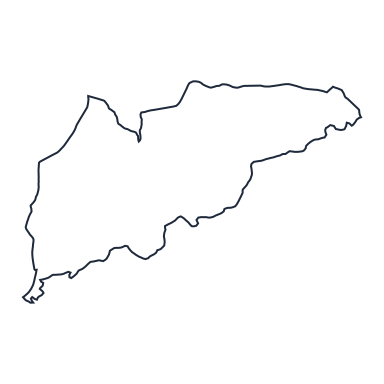 outline of Ugenya, Nyanza, Kenya
{"feature_id": "3690345B43634586140198", "entity_name": "Ugenya", "entity_type": "district", "adm_level": 2, "iso_a3": "KEN", "parent_name": "Kenya", "parent_adm1": "Nyanza", "projection": "mercator", "projection_center": [34.222, 0.217], "detail": "fine", "context": "isolated", "style": "outline", "palette": "slate", "viewbox_px": 384, "rotation_deg": 0, "n_neighbors": 0, "source": "geoboundaries", "source_scale": "gbopen_adm2", "svg_char_len": 5873}
<svg xmlns="http://www.w3.org/2000/svg" viewBox="0 0 384 384"><path d="M156.2,252.6L157.3,250.2L160.0,249.4L160.9,248.9L162.0,247.8L164.2,245.6L164.7,241.9L164.4,239.0L163.9,236.6L164.1,234.4L164.4,232.7L165.5,229.6L165.1,228.3L165.0,226.1L167.8,224.5L170.6,223.2L171.7,222.6L172.7,222.0L175.1,220.5L177.3,218.2L178.1,217.5L179.1,217.0L180.8,216.4L183.6,218.1L186.7,221.0L187.5,221.6L188.3,222.3L189.9,224.3L191.6,226.1L192.8,226.3L193.9,226.3L196.2,225.8L198.1,223.4L196.5,220.0L198.3,217.6L201.3,217.1L204.1,217.2L205.2,217.1L206.4,217.2L208.6,217.6L210.1,217.6L213.3,216.8L215.5,215.6L216.7,215.1L220.0,213.8L221.0,213.3L221.9,212.8L223.7,211.4L224.5,208.9L227.3,207.9L231.0,207.7L232.6,207.3L235.2,206.3L236.9,204.2L238.5,201.3L240.1,198.1L241.3,195.7L242.6,192.9L242.7,189.7L244.3,187.8L246.0,186.0L247.0,184.6L248.2,182.2L249.7,180.3L250.4,179.1L251.7,175.3L252.0,173.8L251.9,172.2L251.5,168.8L251.3,167.7L251.0,166.6L251.4,164.1L253.7,161.9L257.2,161.3L261.1,160.8L262.6,160.4L264.0,159.9L266.4,159.0L268.7,158.5L270.4,158.0L273.8,157.3L276.5,156.3L279.9,155.5L282.8,154.0L285.4,154.0L289.5,151.2L292.3,151.5L293.6,151.7L294.9,151.9L297.4,151.9L299.2,151.7L302.3,151.3L303.8,150.6L305.7,148.3L305.9,146.8L306.2,145.8L308.2,143.8L310.4,142.0L312.6,140.6L314.0,139.9L315.4,139.5L318.2,139.3L319.6,138.8L320.7,138.4L323.0,137.7L324.6,137.5L326.4,134.7L325.5,132.4L325.3,131.2L325.2,130.0L326.0,127.9L327.0,127.5L327.9,126.9L330.3,125.1L333.9,126.0L335.8,129.0L339.1,129.7L340.7,130.0L342.9,129.7L344.5,129.2L346.1,126.1L346.8,122.7L349.4,123.4L351.7,125.7L352.6,125.2L353.5,124.3L354.7,122.8L355.7,121.4L356.2,120.4L356.8,119.6L357.6,119.0L358.6,118.3L359.3,117.8L361.0,117.3L360.5,116.4L359.6,114.2L359.3,112.4L359.2,110.9L359.0,109.8L358.0,108.7L356.2,107.0L347.6,98.8L345.7,97.6L344.9,96.5L343.7,93.4L343.1,92.3L342.4,91.2L341.7,90.1L338.7,88.8L336.1,87.9L335.0,87.6L333.0,86.7L332.0,87.7L330.8,88.7L326.9,92.3L325.7,92.0L324.0,91.4L321.3,90.7L318.5,90.1L316.9,89.8L315.9,89.8L313.7,89.6L309.2,89.2L307.4,89.0L303.3,88.3L300.5,87.3L297.0,86.2L294.4,85.5L291.0,84.6L289.1,84.2L287.9,84.1L285.1,84.2L282.2,84.6L279.5,85.1L274.0,85.9L270.9,86.3L269.6,86.5L268.5,86.5L265.6,86.5L263.9,86.4L262.5,86.0L260.9,85.7L260.0,85.6L250.0,85.8L244.2,85.9L243.2,86.1L241.9,86.4L239.5,87.2L237.7,87.7L236.3,87.7L232.9,87.1L232.1,86.7L231.0,86.2L229.4,85.4L228.1,85.0L226.8,84.6L225.0,84.4L223.1,84.3L222.0,84.4L221.0,84.9L219.9,85.5L219.1,85.9L218.0,85.9L216.1,86.1L214.9,86.6L213.1,87.1L211.6,87.5L210.4,87.6L209.0,87.2L205.8,85.9L203.9,85.0L202.9,84.4L201.0,82.8L199.7,82.2L198.7,81.8L197.6,81.6L195.9,81.3L193.7,81.3L192.7,81.5L191.5,82.1L189.9,82.8L189.0,83.6L187.8,85.8L186.6,88.7L186.0,89.9L183.8,94.4L181.4,99.3L180.7,100.5L180.1,101.6L178.8,103.4L178.0,104.3L176.3,105.8L174.8,106.2L173.5,106.5L167.4,107.6L157.0,109.4L150.0,110.5L148.9,110.8L146.6,111.4L145.0,112.0L143.9,112.1L142.5,112.3L141.3,112.5L140.5,114.5L140.7,116.8L141.1,117.8L141.7,119.1L141.8,120.1L141.6,121.4L141.6,123.0L141.7,124.4L141.4,125.7L141.1,127.6L140.7,128.7L140.1,129.7L139.8,130.6L139.8,132.1L140.4,135.4L140.5,136.9L140.5,138.9L139.8,140.5L138.8,141.5L138.4,140.3L138.2,138.8L138.0,135.9L137.2,134.9L136.5,133.5L135.8,132.4L133.6,131.6L132.4,131.4L131.4,131.1L130.5,130.8L128.7,129.7L127.1,129.0L126.1,128.8L125.0,128.5L124.1,128.0L123.1,127.2L121.8,126.3L120.7,125.2L119.7,124.6L118.6,124.0L118.0,122.9L117.6,121.7L117.3,119.4L117.1,118.2L116.8,117.1L116.3,116.1L115.7,115.3L115.1,114.3L114.8,113.3L114.4,112.2L112.7,111.0L111.7,110.2L110.7,109.5L109.6,109.0L108.9,108.3L108.0,105.6L106.7,103.8L106.1,103.0L104.4,100.9L103.3,100.4L97.1,98.5L88.2,96.0L88.2,97.3L88.5,99.2L88.2,101.9L88.0,103.5L87.4,106.5L87.2,107.3L85.3,110.5L82.6,115.0L80.6,118.3L76.9,124.6L76.5,125.4L75.6,127.9L75.1,129.1L74.5,130.4L73.9,131.5L72.2,134.2L70.0,137.2L66.7,142.0L63.9,145.9L59.7,150.4L57.6,152.3L56.6,152.9L52.3,155.1L39.8,161.8L39.0,162.8L38.6,168.8L38.5,170.1L38.7,177.1L38.6,179.1L38.7,181.2L38.7,182.4L38.5,183.5L38.6,184.8L38.6,185.7L38.7,186.9L38.4,190.1L37.7,192.7L37.5,193.7L37.0,195.0L36.0,196.7L35.3,199.7L34.7,200.7L34.0,201.7L33.2,202.7L31.9,204.1L31.3,204.8L30.6,205.5L30.7,206.6L31.4,208.9L31.4,210.3L31.6,211.3L31.2,212.2L30.6,213.3L29.9,214.5L29.2,216.1L28.7,217.2L28.4,218.3L28.1,219.3L27.6,220.5L27.3,221.5L27.0,222.5L26.4,224.6L26.1,225.6L25.7,227.2L26.0,228.3L26.5,229.4L27.9,231.5L28.6,232.5L29.2,233.3L29.7,234.3L30.5,235.2L31.3,236.0L33.0,238.1L33.5,239.5L33.5,241.3L33.3,242.7L33.1,243.9L33.0,245.0L32.9,246.7L32.6,248.4L32.5,250.1L32.2,251.8L32.3,252.9L32.3,254.7L32.5,257.0L32.6,258.1L33.1,261.7L33.5,264.1L33.7,265.3L34.4,269.2L35.1,270.0L36.6,269.8L35.8,274.1L35.2,276.4L34.9,277.6L34.3,280.6L33.3,284.3L32.8,285.6L31.7,287.7L31.2,288.7L29.3,291.5L28.5,292.5L27.7,293.3L24.4,296.2L23.0,297.2L25.8,300.3L28.4,301.4L29.6,302.1L30.4,302.7L33.2,302.6L31.9,300.8L30.9,298.7L31.6,297.7L32.2,297.0L34.6,298.9L35.8,299.3L36.9,299.7L37.9,297.5L39.2,296.4L41.7,295.1L43.5,293.0L43.0,292.0L42.3,291.1L39.8,288.9L40.2,288.0L42.6,285.8L43.0,284.3L43.2,282.9L41.1,281.7L40.7,280.8L40.2,279.9L43.0,279.4L47.1,278.2L48.6,277.6L49.9,276.8L51.8,275.4L53.1,274.8L55.5,274.8L61.4,274.4L63.9,273.7L64.9,273.2L68.3,271.8L69.4,272.2L70.5,272.6L69.3,275.0L69.5,277.3L70.4,277.6L71.2,278.1L73.2,276.7L75.1,275.1L76.2,274.1L76.9,273.3L78.0,271.4L78.9,270.4L82.4,268.9L85.4,266.6L88.0,264.0L90.4,261.9L94.0,261.4L96.6,260.8L98.9,260.3L99.9,260.4L100.9,260.7L103.2,261.1L105.3,259.8L106.4,258.9L107.0,258.0L108.9,254.7L109.3,253.4L109.9,250.8L111.0,250.0L113.9,248.2L115.2,247.9L118.2,247.9L120.9,247.6L122.1,247.2L123.0,246.8L125.1,245.8L127.6,246.3L128.9,248.5L129.6,249.3L130.4,250.3L132.0,252.1L133.3,252.9L135.6,254.6L138.7,256.5L139.8,257.0L140.9,257.4L143.2,258.5L145.7,259.1L147.0,258.5L148.2,258.2L149.7,256.6L151.2,255.7L154.2,254.2L156.2,252.6Z" fill="none" stroke="#1e293b" stroke-width="2"/></svg>